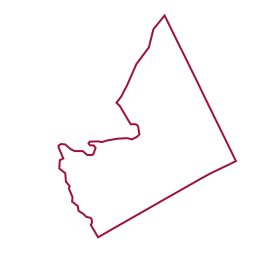 outline of Cecil, United States of America, rotated 64°
{"feature_id": "52423323B74434071620295", "entity_name": "Cecil", "entity_type": "district", "adm_level": 2, "iso_a3": "USA", "parent_name": "United States of America", "parent_adm1": "", "projection": "natural_earth1", "projection_center": [-75.942, 39.542], "detail": "fine", "context": "isolated", "style": "outline", "palette": "rose", "viewbox_px": 256, "rotation_deg": 64, "n_neighbors": 0, "source": "geoboundaries", "source_scale": "gbopen_adm2", "svg_char_len": 1175}
<svg xmlns="http://www.w3.org/2000/svg" viewBox="0 0 256 256"><g transform="rotate(64 128 128)"><path d="M205.1,45.5L201.0,45.5L197.2,45.5L196.5,45.5L128.4,45.6L123.1,45.5L117.8,45.5L82.8,45.6L78.5,45.7L42.9,45.8L50.4,61.9L64.7,73.9L74.2,92.4L89.3,110.2L93.5,116.0L96.6,120.0L100.3,127.3L104.7,125.7L104.8,125.7L110.9,125.2L116.9,124.7L125.7,124.0L127.9,119.7L128.1,119.3L130.7,118.1L135.1,119.5L138.8,120.6L139.9,124.1L139.9,124.8L140.0,129.3L136.7,133.3L133.0,142.2L130.1,152.1L129.2,157.6L126.9,160.8L123.5,168.4L124.5,170.2L127.0,169.7L128.6,166.5L131.6,165.8L136.5,170.8L136.5,171.8L136.5,172.2L134.3,176.5L128.9,178.8L125.4,186.0L121.9,188.8L115.2,191.7L113.0,195.3L113.4,198.1L115.0,198.9L127.0,199.5L127.1,203.4L134.3,207.5L141.1,204.2L149.0,207.3L154.8,205.9L156.2,207.6L165.9,208.2L169.6,210.5L176.3,207.3L180.8,208.8L185.5,205.9L189.6,204.4L192.3,201.1L194.1,200.7L197.4,201.9L198.8,203.9L213.1,202.8L211.9,185.3L210.0,155.7L208.4,131.1L208.3,130.7L208.3,130.3L207.9,123.9L206.2,96.2L205.9,91.4L205.6,87.2L205.4,84.0L205.2,79.2L205.0,74.6L205.0,68.7L205.0,64.3L205.0,63.7L205.1,55.5L205.1,55.3L205.1,45.5Z" fill="none" stroke="#9f1239" stroke-width="2"/></g></svg>